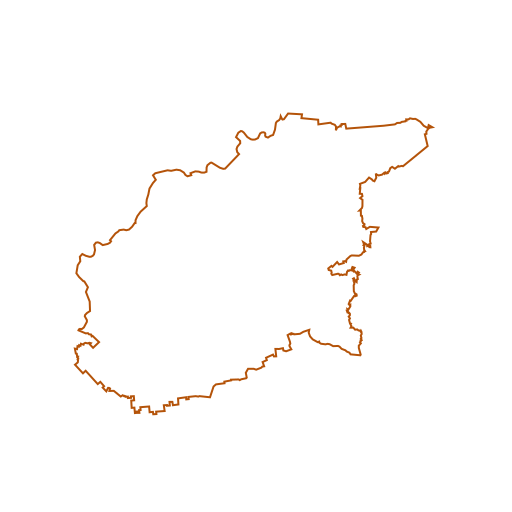 Coatzintla, Veracruz, Mexico (orthographic projection), rotated 347°
{"feature_id": "50627088B29879698863808", "entity_name": "Coatzintla", "entity_type": "district", "adm_level": 2, "iso_a3": "MEX", "parent_name": "Mexico", "parent_adm1": "Veracruz", "projection": "orthographic", "projection_center": [-97.52, 20.428], "detail": "fine", "context": "isolated", "style": "outline", "palette": "amber", "viewbox_px": 512, "rotation_deg": 347, "n_neighbors": 0, "source": "geoboundaries", "source_scale": "gbopen_adm2", "svg_char_len": 6085}
<svg xmlns="http://www.w3.org/2000/svg" viewBox="0 0 512 512"><g transform="rotate(347 256 256)"><path d="M68.0,287.4L66.9,287.7L66.3,288.5L72.7,293.1L74.9,293.4L75.6,294.7L77.6,295.4L77.8,297.3L78.8,297.1L83.7,304.6L76.6,308.8L74.2,304.7L75.5,303.8L74.2,303.1L72.2,303.2L70.1,302.2L68.5,302.7L68.0,303.6L65.7,302.1L64.8,304.0L63.6,303.1L63.0,304.5L61.8,303.7L60.7,306.5L58.7,305.5L58.5,310.5L59.4,310.9L59.1,313.5L59.9,313.9L59.1,314.7L59.8,315.6L59.7,316.2L58.9,316.7L59.1,317.7L58.4,319.6L55.2,321.2L61.0,331.4L64.2,329.5L73.0,345.2L76.0,343.6L78.7,348.7L77.0,349.7L79.7,354.2L82.2,351.2L83.2,351.5L84.0,352.3L82.8,354.5L87.1,355.4L92.6,362.5L94.8,361.7L96.0,363.0L96.4,362.7L97.7,363.5L97.6,363.9L99.5,364.2L99.2,365.6L102.3,366.1L102.5,364.6L105.4,365.1L104.8,369.2L101.9,368.8L100.7,376.0L103.4,376.4L102.7,381.8L104.3,382.0L104.4,380.7L105.9,380.9L105.8,382.3L107.1,382.6L107.4,379.9L108.9,380.1L109.3,377.3L118.0,378.6L117.2,384.3L120.5,384.7L120.3,387.1L123.4,387.6L123.7,385.2L132.1,386.5L132.6,380.7L135.7,381.2L135.6,381.9L138.4,382.3L138.9,378.7L141.7,379.3L141.5,382.7L147.0,383.2L148.0,377.2L156.1,377.9L155.8,380.0L158.2,380.3L158.4,378.1L165.7,379.0L168.2,380.0L169.3,379.8L179.4,383.3L185.3,373.6L188.1,372.1L196.7,372.9L196.9,371.3L203.8,371.6L203.9,370.9L211.4,372.4L212.2,373.3L213.8,372.8L218.9,372.9L219.6,372.4L219.8,367.5L222.9,364.1L228.4,365.4L230.6,366.8L236.1,366.0L237.2,365.2L239.1,365.3L238.6,360.8L243.1,359.9L242.9,357.4L250.4,355.9L250.9,357.9L253.1,358.3L254.0,350.9L257.6,351.8L261.5,351.9L261.4,354.2L263.9,355.6L269.4,354.9L268.4,351.4L268.5,350.4L269.7,349.1L269.8,347.3L269.0,340.2L271.7,339.4L272.2,340.1L272.9,339.2L273.3,339.2L273.2,340.2L275.2,340.3L275.5,340.9L281.3,341.7L285.1,340.5L291.3,339.9L290.1,342.6L290.6,346.5L292.5,350.0L296.7,353.8L298.3,353.6L298.2,354.7L299.6,356.1L303.8,357.7L306.0,357.7L307.9,358.5L310.9,361.2L315.7,362.1L317.0,363.1L318.5,365.7L321.9,368.0L322.9,369.5L325.3,371.2L326.0,373.1L335.3,376.2L335.8,375.6L335.5,368.7L336.0,366.5L338.5,364.7L337.9,363.4L338.9,362.7L338.9,361.8L340.0,361.7L339.6,360.0L340.3,359.6L340.2,357.1L341.4,355.8L341.7,353.7L341.4,352.5L340.9,353.1L340.4,352.0L339.1,351.6L338.1,350.3L336.0,350.1L334.7,347.7L332.1,347.1L333.2,345.8L332.7,343.8L333.2,343.3L332.4,342.9L332.3,339.2L333.5,337.9L332.7,335.9L334.1,334.9L334.5,333.5L334.0,332.3L333.3,332.4L333.1,331.2L332.4,331.3L332.2,329.6L333.1,329.7L333.1,328.3L333.9,329.0L336.6,326.3L336.9,324.8L336.2,325.1L335.5,323.7L337.6,320.6L338.1,321.1L342.6,317.0L343.7,316.8L343.8,317.5L345.2,317.3L345.3,316.4L344.9,316.4L344.8,315.4L344.0,315.1L343.4,312.3L344.6,306.5L345.6,305.2L345.6,304.0L346.7,303.4L345.4,302.1L346.0,301.1L345.5,300.0L346.4,299.7L347.1,302.9L347.4,302.7L348.2,303.9L348.9,301.6L350.0,301.4L350.2,298.5L350.7,297.7L352.3,297.3L350.9,296.3L352.5,295.3L351.5,294.2L350.1,295.6L348.5,292.8L347.7,293.1L347.0,291.9L349.4,289.6L347.5,288.4L346.5,289.8L346.8,291.9L344.3,290.9L343.1,291.4L342.5,290.8L341.2,291.8L339.9,294.7L338.4,293.9L335.8,294.0L334.8,293.1L333.4,293.6L332.6,292.0L331.9,291.7L326.0,291.7L325.4,290.2L326.0,289.2L326.0,287.2L323.7,286.0L323.6,284.4L327.3,282.6L328.1,283.8L333.7,280.1L335.0,282.9L339.9,282.6L339.8,280.9L341.5,281.0L342.5,281.9L343.4,279.8L348.0,277.2L349.5,277.0L356.3,278.9L359.0,278.3L361.2,276.4L362.2,276.4L362.4,275.7L363.3,275.8L362.8,274.2L363.0,272.2L364.1,270.1L363.3,269.6L363.9,269.1L363.6,266.6L366.8,270.0L366.6,271.4L367.6,271.3L368.5,272.9L369.4,273.2L369.6,271.8L368.1,270.7L368.7,270.0L370.5,269.7L370.4,267.3L372.3,261.3L373.1,260.6L373.4,258.5L378.6,259.2L381.7,255.8L373.5,253.2L369.5,254.5L369.2,252.6L367.1,251.8L367.0,250.8L368.7,250.1L368.9,249.3L367.7,248.1L367.3,245.9L368.1,243.5L368.2,240.7L367.3,240.3L368.4,235.2L367.0,235.0L370.1,233.0L370.9,231.4L372.4,225.2L370.5,223.0L373.2,221.6L373.2,219.3L371.1,218.7L372.8,213.6L372.3,213.6L373.5,210.8L373.5,209.1L379.0,208.4L383.8,205.0L386.2,207.5L386.7,208.7L388.2,209.8L390.8,206.8L391.3,202.6L391.6,203.5L393.6,205.1L397.1,205.1L399.6,203.8L399.9,204.7L400.9,203.8L401.5,204.9L403.0,204.9L403.1,203.9L404.6,203.6L406.6,200.6L408.7,199.8L411.0,202.2L414.8,200.4L415.2,201.0L418.4,201.0L419.4,201.6L448.0,187.5L447.9,175.4L449.6,175.3L449.9,173.1L452.4,170.8L454.1,170.1L456.8,170.2L453.7,167.3L452.7,169.3L451.5,169.4L448.7,166.8L446.3,162.2L443.2,159.1L442.1,158.2L439.8,157.8L437.0,156.5L435.4,157.2L433.1,156.7L433.1,158.0L432.0,158.0L431.8,158.4L428.1,158.1L426.6,158.7L423.4,158.1L421.0,159.0L409.8,157.8L372.6,152.2L372.7,147.4L369.2,146.7L369.2,147.5L367.7,147.7L367.7,148.8L366.6,148.5L363.9,149.2L362.1,151.5L363.1,147.9L362.3,145.9L359.4,144.0L358.7,142.9L346.4,141.8L347.2,137.2L331.3,131.9L332.7,128.3L319.3,124.4L314.0,129.0L312.5,129.0L312.2,128.5L311.5,125.4L310.6,127.4L309.1,128.8L306.5,129.7L305.3,130.9L302.9,137.2L299.9,141.9L297.2,142.2L294.3,143.3L292.2,141.9L292.0,140.7L292.6,138.9L292.3,137.9L291.3,137.2L289.4,136.9L287.6,137.5L284.4,141.6L281.2,142.3L278.7,141.8L277.1,141.0L274.3,138.1L271.9,133.0L270.6,131.4L269.4,130.8L266.5,131.9L263.3,135.7L266.4,140.3L266.0,142.6L262.5,145.2L261.1,147.4L261.1,150.6L262.4,152.9L245.6,163.9L243.7,163.7L240.7,161.9L233.7,155.0L232.6,154.9L229.1,156.6L227.8,158.6L226.7,162.8L224.3,163.1L221.5,162.4L219.2,160.9L215.9,159.9L210.8,160.6L211.1,162.7L207.2,162.9L205.5,161.2L204.5,158.5L201.4,155.4L197.9,154.0L192.5,153.9L189.1,152.6L176.5,152.7L173.8,154.2L175.5,159.2L172.0,161.7L167.4,166.3L164.9,171.9L162.3,176.3L161.1,179.8L160.8,182.8L153.6,186.8L149.4,190.4L146.7,194.0L146.0,196.8L145.2,196.6L141.9,199.6L138.2,201.7L135.4,201.7L133.0,200.5L128.6,200.1L127.4,201.1L124.1,202.4L117.3,207.7L118.1,209.0L116.7,210.2L114.2,210.9L109.1,210.9L106.7,208.2L104.9,207.1L103.0,207.0L100.8,208.8L100.5,214.0L98.5,218.0L97.0,219.1L95.0,219.6L93.5,219.3L90.2,217.5L87.2,215.0L84.2,217.1L83.6,221.6L80.2,224.9L77.1,232.4L78.9,236.7L82.1,241.7L83.0,242.1L85.2,248.6L82.2,252.8L83.7,263.0L81.9,272.3L78.5,273.5L76.2,275.0L75.6,276.2L76.8,280.4L76.4,282.1L72.2,286.9L69.8,288.0L68.0,287.4Z" fill="none" stroke="#b45309" stroke-width="2"/></g></svg>